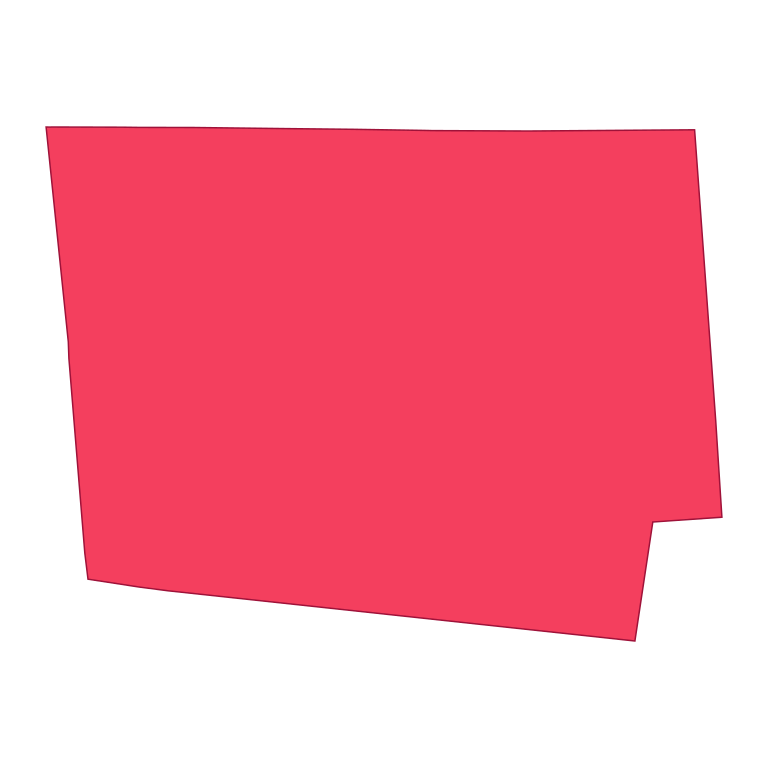 Bradford, Pennsylvania, United States of America
{"feature_id": "52423323B55160091644595", "entity_name": "Bradford", "entity_type": "district", "adm_level": 2, "iso_a3": "USA", "parent_name": "United States of America", "parent_adm1": "Pennsylvania", "projection": "orthographic", "projection_center": [-76.584, 41.772], "detail": "fine", "context": "isolated", "style": "filled", "palette": "rose", "viewbox_px": 768, "rotation_deg": 0, "n_neighbors": 0, "source": "geoboundaries", "source_scale": "gbopen_adm2", "svg_char_len": 437}
<svg xmlns="http://www.w3.org/2000/svg" viewBox="0 0 768 768"><path d="M634.9,641.0L652.8,522.0L721.9,517.2L715.7,420.4L694.6,129.8L530.2,131.0L525.0,131.0L431.9,130.6L428.2,130.5L422.8,130.4L352.7,129.3L352.2,129.3L285.9,128.6L193.3,127.5L138.4,127.4L122.4,127.2L51.3,127.0L50.4,127.1L46.1,127.0L68.3,341.9L68.9,358.5L84.8,553.0L88.0,579.2L138.9,587.0L168.1,590.8L634.9,641.0Z" fill="#f43f5e" stroke="#9f1239" stroke-width="1.5"/></svg>